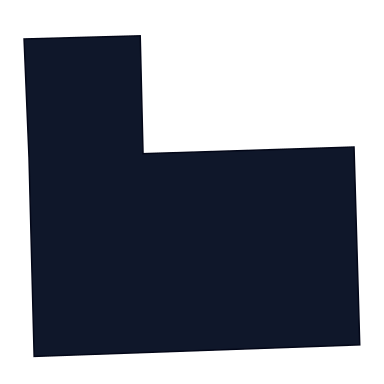 outline of Elbert, Colorado, United States of America, rotated 178°
{"feature_id": "52423323B30628973159392", "entity_name": "Elbert", "entity_type": "district", "adm_level": 2, "iso_a3": "USA", "parent_name": "United States of America", "parent_adm1": "Colorado", "projection": "equal_earth", "projection_center": [-104.244, 39.217], "detail": "fine", "context": "isolated", "style": "filled", "palette": "ink", "viewbox_px": 384, "rotation_deg": 178, "n_neighbors": 0, "source": "geoboundaries", "source_scale": "gbopen_adm2", "svg_char_len": 282}
<svg xmlns="http://www.w3.org/2000/svg" viewBox="0 0 384 384"><g transform="rotate(178 192 192)"><path d="M29.7,33.4L28.5,231.3L66.9,231.4L239.6,232.0L238.3,349.9L354.5,350.8L353.7,231.9L355.5,33.2L36.0,33.4L29.7,33.4Z" fill="#0f172a" stroke="#020617" stroke-width="1.5"/></g></svg>